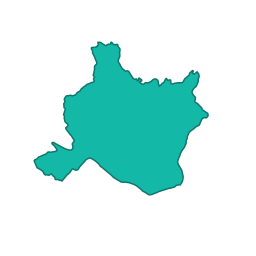 outline of Concepción Las Minas, Chiquimula, Guatemala, rotated 124°
{"feature_id": "79465075B28925037655820", "entity_name": "Concepción Las Minas", "entity_type": "district", "adm_level": 2, "iso_a3": "GTM", "parent_name": "Guatemala", "parent_adm1": "Chiquimula", "projection": "mercator", "projection_center": [-89.467, 14.489], "detail": "fine", "context": "isolated", "style": "filled", "palette": "teal", "viewbox_px": 256, "rotation_deg": 124, "n_neighbors": 0, "source": "geoboundaries", "source_scale": "gbopen_adm2", "svg_char_len": 5841}
<svg xmlns="http://www.w3.org/2000/svg" viewBox="0 0 256 256"><g transform="rotate(124 128 128)"><path d="M73.8,200.8L74.7,200.2L75.0,199.6L75.4,199.2L76.1,199.1L76.7,199.2L77.3,199.4L78.0,199.5L78.5,199.7L78.9,200.0L79.6,200.6L80.9,202.2L81.2,202.6L81.6,203.1L82.1,203.1L82.7,202.7L83.0,202.4L83.3,201.7L83.6,201.1L84.0,200.4L84.7,199.9L85.2,199.7L85.6,199.4L85.8,199.0L86.1,198.5L87.3,196.2L88.0,195.2L89.4,193.2L90.3,191.7L90.7,191.2L91.5,190.2L92.2,189.9L93.2,189.9L94.8,190.3L95.5,190.2L96.3,189.8L97.7,188.8L98.1,188.5L100.8,187.4L101.4,187.1L102.7,186.7L103.3,186.5L104.0,186.0L104.2,185.2L104.3,184.5L104.7,184.1L105.4,184.1L105.9,184.2L106.4,184.1L107.0,183.7L107.3,183.3L107.6,182.6L108.1,182.1L108.6,182.1L109.1,182.2L109.6,182.5L110.3,183.3L111.1,183.9L111.5,184.2L113.3,185.3L113.9,185.7L114.4,186.1L115.0,186.6L115.8,186.7L116.7,186.8L117.1,186.9L117.8,187.4L118.4,187.7L118.8,187.8L119.7,187.9L120.4,188.1L121.1,188.4L121.7,188.6L122.7,188.5L123.1,188.5L124.0,188.5L125.1,188.9L126.4,189.6L126.8,189.8L127.5,189.9L128.9,189.9L129.3,190.0L129.8,190.1L130.3,190.4L132.1,191.8L132.6,192.2L132.7,192.9L132.8,193.6L133.9,195.0L134.6,195.3L135.0,196.1L135.5,196.7L136.0,197.0L136.4,197.1L137.2,197.2L138.2,197.2L139.0,197.1L139.8,196.9L140.4,196.4L140.7,195.7L141.2,195.2L141.9,195.0L142.6,194.9L143.0,194.9L143.7,194.8L144.2,194.6L144.9,193.8L146.4,192.9L146.9,192.2L146.9,191.8L146.9,191.3L147.2,190.9L147.8,190.4L148.2,190.2L149.5,190.0L150.2,189.7L150.7,189.4L151.3,189.3L152.0,189.2L152.6,189.1L153.1,188.6L153.7,187.3L154.2,186.9L155.6,186.4L156.1,185.8L156.4,185.3L156.9,184.9L157.5,184.4L157.7,184.1L158.0,183.6L158.3,182.3L158.6,180.3L158.8,179.9L159.3,179.4L159.8,179.1L160.4,179.0L160.9,179.1L161.4,179.4L162.1,179.7L162.7,179.7L163.1,179.4L163.4,179.0L163.6,178.5L163.8,178.1L165.0,174.4L165.3,173.6L165.7,172.5L166.1,170.5L166.3,170.1L167.2,168.4L167.5,167.4L167.7,166.9L168.5,165.3L172.3,165.4L174.7,163.0L175.1,162.4L177.5,162.5L178.4,163.2L179.5,165.1L180.6,169.8L181.7,181.7L182.4,182.7L182.8,182.7L183.3,182.4L183.6,182.0L183.7,181.5L184.1,178.8L185.7,174.7L187.1,174.6L188.1,175.2L191.2,178.4L191.9,179.7L192.5,180.8L195.6,181.6L202.0,185.8L204.7,186.3L206.8,187.5L207.8,187.4L211.8,181.0L211.4,177.2L211.6,174.8L212.0,173.2L212.8,172.3L213.2,170.7L213.1,170.1L212.6,169.8L212.2,169.1L212.0,168.5L211.7,167.9L211.4,167.2L211.1,166.9L210.5,166.6L209.9,166.5L209.3,166.2L209.0,165.9L209.0,165.3L209.5,164.1L209.6,163.5L209.7,162.8L209.7,162.0L209.8,161.3L210.0,160.7L210.5,160.3L211.1,160.0L211.3,159.4L210.6,158.2L210.2,157.7L209.8,157.2L209.7,156.3L209.8,155.6L209.5,155.1L209.1,154.9L208.9,154.2L208.9,153.1L200.9,152.3L198.0,151.4L193.3,151.3L192.6,150.7L192.4,148.0L191.9,147.3L190.5,146.2L187.2,146.3L177.5,145.0L174.9,143.6L174.1,142.7L173.7,141.1L173.5,137.5L174.1,132.2L175.2,129.4L175.2,127.4L176.4,115.7L177.1,112.2L176.6,103.4L175.5,101.4L174.7,100.5L172.8,96.7L171.5,91.8L171.1,88.7L171.7,81.5L172.1,80.9L172.0,79.3L171.7,77.9L171.7,73.2L170.9,72.3L169.4,70.7L167.2,69.5L165.6,68.0L163.6,67.0L155.4,60.6L153.9,58.9L153.4,58.6L150.9,56.4L148.8,55.9L147.0,54.5L146.6,54.1L146.2,53.7L146.0,52.9L143.1,52.9L141.0,53.3L138.0,54.7L136.8,55.7L132.9,60.0L130.0,66.1L128.3,68.0L125.1,69.1L120.9,69.8L120.4,70.2L116.8,70.6L112.3,70.5L108.3,71.2L107.0,72.0L105.6,72.9L103.5,73.1L102.1,74.0L97.0,74.9L91.0,72.8L89.8,72.7L85.7,70.6L78.7,71.8L76.9,70.7L75.5,68.6L73.1,68.4L71.3,70.0L71.3,76.2L70.1,78.3L68.9,83.9L69.1,87.0L68.4,87.7L65.8,88.5L64.9,89.4L63.9,93.1L62.8,94.8L61.3,95.4L58.2,95.6L55.3,94.7L49.7,95.9L48.7,96.7L47.7,97.4L46.5,97.4L45.2,98.0L43.6,99.7L42.8,102.1L44.0,102.5L44.8,102.7L45.5,103.0L46.2,103.3L46.5,104.1L46.6,104.5L46.5,105.2L45.7,105.4L44.9,105.4L44.5,105.5L44.1,106.2L44.4,106.7L45.2,106.9L45.6,106.9L46.5,107.2L46.9,107.3L47.5,107.5L48.1,107.5L48.5,107.4L49.1,107.1L49.6,107.0L50.4,107.0L51.3,107.3L51.9,107.4L53.2,107.7L53.8,107.9L54.6,108.2L55.3,108.4L56.2,108.4L57.4,108.2L59.3,108.2L60.1,108.4L60.6,108.9L61.0,109.4L61.6,110.5L62.7,112.0L64.5,114.0L64.8,114.3L65.2,114.7L65.6,115.0L66.4,115.6L66.9,116.0L67.2,116.7L67.0,117.3L66.7,117.6L66.1,118.1L65.0,118.9L64.5,119.4L64.6,120.1L64.9,120.5L65.4,120.9L65.9,121.3L66.3,121.7L66.2,122.4L65.7,123.0L65.5,123.6L65.6,124.0L66.0,124.2L67.0,124.2L69.4,123.8L70.2,123.8L70.8,124.0L71.4,124.4L71.8,124.6L73.1,124.8L73.7,124.8L74.2,124.9L74.8,125.0L75.3,125.3L75.7,125.7L73.7,128.0L72.9,128.7L72.3,129.3L72.0,129.9L71.7,130.5L71.7,131.5L71.8,132.2L72.2,132.9L72.4,133.3L73.1,133.9L74.0,134.3L74.4,134.4L75.3,134.6L76.2,134.8L76.7,135.0L78.0,135.7L78.7,136.1L79.2,136.5L79.8,137.2L80.4,138.6L80.8,138.9L81.5,139.2L82.1,139.3L82.7,139.3L83.2,139.6L83.5,140.2L83.6,140.7L83.7,143.8L82.9,143.9L82.2,143.7L81.7,143.2L81.1,143.1L80.7,143.4L80.4,143.8L80.4,144.4L80.3,146.2L80.4,146.7L81.0,146.9L81.6,146.5L81.9,146.2L82.3,146.0L83.0,146.1L83.5,146.4L83.6,146.9L82.8,147.8L82.6,148.3L82.8,148.8L83.8,149.4L84.0,150.2L84.0,150.6L83.9,151.2L83.8,151.9L83.6,152.5L83.1,153.5L81.8,156.6L80.9,158.5L80.8,159.0L80.7,159.4L80.8,160.1L81.1,160.7L81.5,161.0L81.9,161.2L82.3,161.8L82.3,162.9L82.1,163.9L82.1,164.8L82.0,165.7L81.7,166.6L81.5,167.1L80.8,168.6L80.6,169.0L80.3,169.4L79.5,170.8L79.3,171.3L79.1,171.8L78.9,172.3L78.5,173.0L78.0,173.4L77.5,173.8L76.7,174.1L74.5,174.6L73.7,174.7L73.2,174.9L72.8,175.1L71.8,175.8L71.0,176.5L70.5,176.9L70.1,177.1L69.6,177.4L69.0,177.7L68.1,178.1L67.3,178.6L66.8,179.1L66.6,179.7L66.5,180.5L66.2,181.4L64.9,182.9L64.7,183.4L65.1,184.3L66.1,185.2L66.5,185.9L66.7,186.5L66.8,187.2L66.6,187.8L66.3,188.4L66.2,189.1L66.2,189.6L66.5,190.0L67.1,190.0L67.6,189.5L68.2,189.4L68.7,189.8L69.1,190.5L69.4,190.9L69.9,191.4L70.6,191.8L71.1,192.0L71.6,192.0L72.2,192.3L72.3,193.1L72.3,193.5L72.3,194.0L72.4,195.5L72.4,196.2L72.4,198.3L72.6,198.9L73.0,199.9L73.8,200.8Z" fill="#14b8a6" stroke="#0f766e" stroke-width="1.5"/></g></svg>